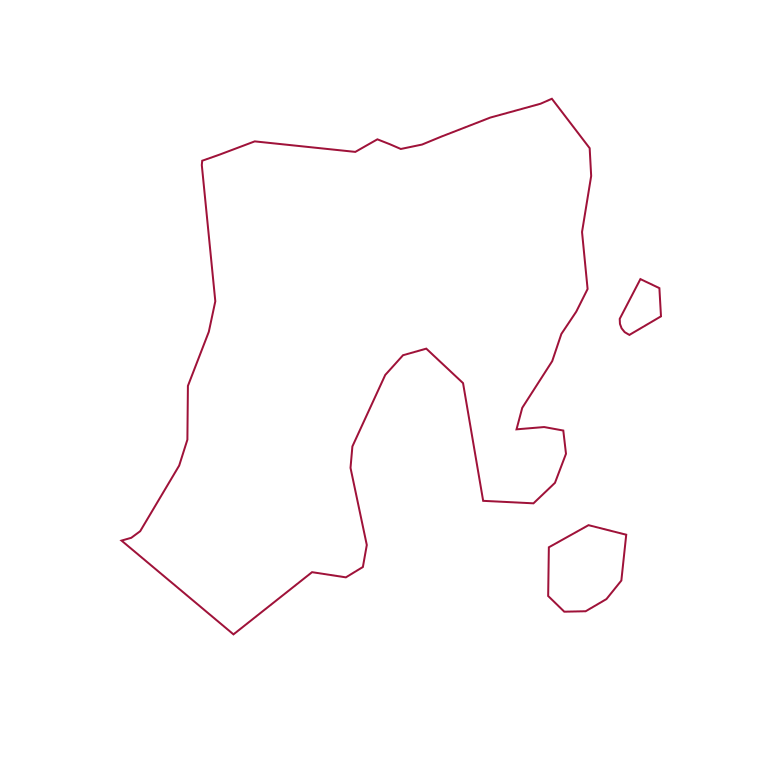 an SVG outline of Qazax, rotated 258°
{"feature_id": "AZE-1684", "entity_name": "Qazax", "entity_type": "District", "adm_level": 1, "iso_a3": "AZE", "parent_name": "Azerbaijan", "parent_adm1": "", "projection": "natural_earth1", "projection_center": [45.184, 41.159], "detail": "fine", "context": "isolated", "style": "outline", "palette": "rose", "viewbox_px": 768, "rotation_deg": 258, "n_neighbors": 0, "source": "natural_earth", "source_scale": "10m", "svg_char_len": 983}
<svg xmlns="http://www.w3.org/2000/svg" viewBox="0 0 768 768"><g transform="rotate(258 384 384)"><path d="M368.4,461.5L409.8,432.7L408.2,408.6L392.6,387.1L329.5,340.1L308.9,333.8L230.1,333.7L209.4,325.3L202.8,306.5L214.9,274.5L170.4,184.7L285.4,94.7L286.1,104.8L290.7,114.9L346.8,166.7L370.4,180.1L422.9,191.8L471.5,223.5L500.0,236.2L636.0,251.3L640.2,252.6L642.6,271.2L648.2,308.0L617.0,404.2L621.0,416.7L624.7,428.4L617.3,439.6L610.4,449.3L610.3,471.0L614.1,491.7L622.5,543.3L625.6,595.4L628.0,606.9L628.1,607.5L571.9,634.2L544.4,629.9L491.5,609.3L434.6,602.9L414.8,587.1L396.1,567.9L371.4,553.3L332.0,514.3L312.1,504.2L308.6,531.7L301.2,549.7L277.9,547.5L251.8,530.7L236.2,505.4L249.1,456.7L368.4,461.5ZM142.5,500.5L190.0,511.3L203.4,554.7L186.2,589.6L142.4,575.3L127.4,556.9L119.8,534.0L123.8,513.0L142.5,500.5ZM393.7,627.3L398.7,628.1L433.3,656.6L420.5,673.3L392.6,669.0L381.0,634.2L384.7,630.2L389.0,628.0L393.7,627.3Z" fill="none" stroke="#9f1239" stroke-width="2"/></g></svg>